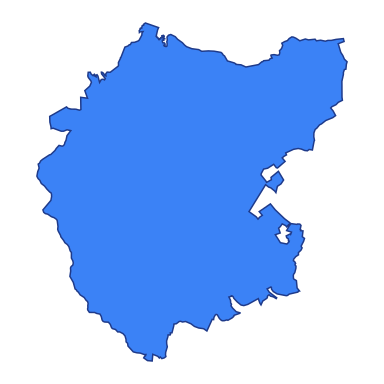 Sanpaul, Cluj, Romania
{"feature_id": "2599482B48452266583717", "entity_name": "Sanpaul", "entity_type": "district", "adm_level": 2, "iso_a3": "ROU", "parent_name": "Romania", "parent_adm1": "Cluj", "projection": "mercator", "projection_center": [23.418, 46.899], "detail": "fine", "context": "isolated", "style": "filled", "palette": "blue", "viewbox_px": 384, "rotation_deg": 0, "n_neighbors": 0, "source": "geoboundaries", "source_scale": "gbopen_adm2", "svg_char_len": 5846}
<svg xmlns="http://www.w3.org/2000/svg" viewBox="0 0 384 384"><path d="M240.0,312.8L236.2,311.7L232.7,308.2L231.0,305.8L231.5,304.2L230.7,303.0L230.5,300.2L228.9,297.0L231.4,296.3L231.4,295.8L232.3,296.0L233.1,296.7L233.9,298.4L237.2,301.9L241.0,305.0L243.8,305.6L247.8,304.4L258.3,298.6L259.8,303.0L261.0,304.9L262.8,301.0L266.7,298.4L267.3,297.7L267.5,296.1L268.6,295.0L269.3,294.9L270.4,296.1L273.4,296.9L276.2,298.6L276.7,297.8L269.3,292.2L267.1,288.9L270.9,287.0L271.4,287.3L271.5,289.2L273.3,291.6L277.1,293.9L286.3,295.7L287.6,295.4L289.2,294.1L297.9,292.1L298.4,291.2L299.5,291.0L297.1,288.0L296.4,280.6L293.9,279.1L293.5,278.5L293.3,275.6L293.6,274.3L294.8,272.6L295.9,268.3L296.0,266.1L295.1,265.0L295.1,264.0L295.6,263.4L294.7,261.7L293.4,260.7L293.7,259.1L295.8,256.6L298.5,254.8L298.4,252.6L300.9,250.3L301.8,248.6L302.1,247.8L301.3,246.8L301.3,245.8L303.6,241.3L304.5,238.4L302.3,236.7L303.0,230.9L300.6,230.7L300.8,229.7L300.2,229.5L301.0,225.4L299.8,224.1L297.4,224.0L297.0,224.4L291.0,223.6L289.2,225.9L286.6,230.6L291.5,232.1L290.6,234.4L290.2,233.9L286.2,235.9L286.7,237.7L288.3,238.8L288.5,241.0L289.2,241.2L288.9,242.0L286.9,244.0L280.4,242.7L275.3,234.7L280.2,233.0L278.6,228.2L280.3,226.6L282.2,223.9L285.6,225.6L286.7,226.9L288.6,224.6L290.5,223.3L284.4,218.6L275.2,209.8L270.4,203.9L259.2,211.6L262.3,215.3L259.6,217.2L258.0,219.1L256.2,216.8L249.0,211.6L265.6,184.7L268.7,187.1L270.7,187.8L274.7,191.0L275.9,192.6L277.4,186.3L281.0,183.9L283.6,180.0L278.4,171.3L271.0,177.4L271.4,179.7L266.6,182.4L266.0,181.2L261.1,175.0L261.2,173.7L263.6,169.1L267.7,168.2L273.7,164.3L276.3,167.7L277.5,168.0L285.1,161.4L282.2,157.9L284.0,156.3L286.5,154.9L285.7,152.9L293.6,149.3L298.2,148.5L301.4,149.1L304.7,150.5L307.4,150.8L309.1,149.5L312.4,150.0L314.1,141.1L314.5,140.4L313.8,136.8L313.9,132.9L315.2,129.4L316.8,128.2L319.5,124.9L321.5,123.9L325.8,120.5L332.7,117.7L335.6,115.6L333.1,110.9L330.7,108.0L331.9,106.7L336.0,104.7L338.3,102.3L342.4,100.3L342.0,97.2L341.9,81.3L343.4,74.4L343.4,72.5L344.4,69.5L345.9,69.2L346.4,64.1L347.1,61.8L344.4,59.2L342.8,55.5L340.8,52.4L338.2,43.7L344.1,41.5L343.4,38.6L336.0,39.4L331.3,40.4L327.9,40.4L325.4,41.2L320.6,40.2L316.4,40.8L315.1,39.2L308.5,39.9L305.3,39.0L299.8,40.8L295.9,38.2L293.4,37.1L291.8,36.9L289.2,38.5L287.4,40.6L284.6,41.6L281.8,43.2L282.7,45.3L281.8,48.0L280.8,49.5L279.5,50.6L279.8,52.8L279.3,54.7L277.7,55.3L274.1,54.6L271.1,55.0L270.9,55.7L272.1,58.1L270.2,58.6L268.9,60.2L263.7,60.7L262.6,61.7L261.8,61.8L258.5,64.6L245.9,67.0L241.0,64.8L236.0,64.4L235.9,63.9L234.2,62.9L227.4,60.9L224.5,55.9L223.3,55.1L222.2,53.4L221.0,52.4L214.2,51.2L208.4,50.9L201.7,51.3L198.7,49.6L191.9,48.7L186.6,46.7L184.6,45.1L182.4,42.7L177.6,39.3L175.3,36.7L170.8,34.5L168.5,35.2L167.0,37.1L167.3,40.2L166.8,41.7L167.1,43.5L167.0,46.0L166.1,46.6L164.3,46.1L163.8,45.2L165.1,44.9L164.9,43.5L164.2,42.8L163.0,42.9L162.4,41.9L162.3,40.2L163.7,40.3L163.4,39.4L163.6,38.6L164.0,38.7L163.7,38.1L164.3,38.2L163.5,37.2L163.6,36.7L164.2,36.4L164.1,35.9L163.4,35.3L161.8,35.8L161.9,36.8L163.0,37.5L162.9,37.9L162.1,37.5L161.2,38.0L160.7,37.8L160.6,38.2L160.0,38.5L160.1,39.0L159.6,39.5L159.0,38.9L159.1,40.1L157.5,37.4L157.2,37.6L156.2,36.4L156.5,36.0L156.3,35.6L157.6,29.9L158.6,27.6L145.4,23.0L143.8,24.1L143.6,25.3L142.9,25.2L142.1,25.8L142.1,26.8L141.3,27.6L141.6,28.1L140.1,28.5L140.2,29.3L139.2,30.6L139.4,32.4L139.9,31.9L143.0,31.6L142.0,33.2L141.8,35.1L139.2,40.1L138.1,41.0L134.6,42.3L131.5,42.5L130.3,44.6L129.3,44.7L127.9,46.0L124.9,47.1L121.0,57.2L120.5,57.6L120.6,58.0L118.4,62.6L118.5,65.5L118.1,66.2L110.2,72.3L107.1,72.1L105.7,74.0L105.9,75.9L105.0,75.5L103.3,73.1L101.8,72.1L101.3,72.2L101.6,73.9L105.3,78.6L104.5,79.9L103.1,79.2L101.3,79.5L99.6,82.4L97.9,76.0L97.0,74.7L96.1,75.3L96.1,76.8L94.3,75.7L95.1,75.0L94.3,74.2L93.0,75.6L91.1,74.0L90.3,72.2L88.2,72.3L87.8,76.0L88.3,77.5L90.9,80.9L91.4,82.4L89.8,86.1L84.8,90.6L87.5,98.2L80.7,97.3L80.9,109.5L79.5,110.2L75.9,109.2L71.0,109.1L68.0,108.3L66.5,106.9L49.7,116.4L49.9,122.2L51.0,126.9L51.1,128.7L53.1,128.2L61.2,131.2L63.6,131.2L67.0,129.8L70.8,130.6L67.0,135.6L66.0,140.3L64.9,142.4L64.5,144.2L63.5,145.6L62.2,146.2L59.0,145.4L56.2,148.5L55.0,150.5L50.8,154.5L49.4,154.9L42.5,159.4L40.6,161.0L39.5,163.2L38.2,164.1L39.1,168.1L37.7,171.7L36.9,176.1L37.2,176.9L38.1,178.6L39.8,180.3L41.3,183.5L44.5,186.0L46.9,189.1L49.8,192.1L50.9,192.7L51.5,194.1L51.6,196.6L50.9,200.4L42.9,209.9L43.7,212.3L45.3,213.6L47.8,214.2L51.4,216.7L54.2,217.7L56.5,219.4L57.2,220.5L58.0,226.5L57.7,229.3L58.2,231.0L60.5,235.3L60.9,236.9L63.6,240.4L64.9,242.7L67.4,244.6L68.9,246.7L70.2,250.9L71.4,252.5L71.4,258.1L72.8,260.8L73.3,263.0L72.8,265.1L71.1,266.6L70.5,268.0L70.7,271.0L69.9,276.4L73.3,282.4L75.1,289.0L76.3,289.8L77.1,291.2L78.3,292.1L80.2,294.9L84.2,297.5L86.1,300.3L87.6,301.6L88.1,303.4L87.8,305.6L87.9,307.6L87.6,308.6L87.7,309.9L89.4,312.4L94.8,312.5L96.5,313.4L100.0,314.1L101.3,316.6L102.1,320.0L103.1,321.4L104.6,322.0L108.4,322.2L110.3,324.4L111.5,327.6L112.4,328.6L115.5,329.5L117.7,331.9L119.7,331.9L123.1,333.7L125.0,335.9L126.0,339.3L126.1,341.9L127.6,343.3L128.0,346.1L133.3,351.9L136.8,352.8L140.3,353.1L144.4,354.6L145.9,354.5L145.5,355.9L144.6,356.3L143.7,357.9L147.5,360.6L152.2,361.0L152.8,354.3L157.8,356.3L159.3,358.0L160.3,357.0L161.8,358.6L164.2,357.9L165.9,356.6L165.5,354.7L165.7,352.2L167.3,346.8L166.7,343.9L166.6,340.9L167.9,336.7L168.1,334.9L170.1,335.0L170.5,334.3L170.3,332.9L172.0,332.8L173.8,325.7L173.9,324.1L176.4,323.7L179.2,321.5L180.7,321.3L182.4,322.0L185.6,321.5L191.0,323.8L194.4,326.4L198.7,328.0L203.6,328.7L206.9,331.0L212.2,319.3L213.6,319.6L213.9,317.5L215.1,315.2L216.1,314.4L217.3,314.8L219.4,318.5L220.8,319.9L222.1,320.7L224.2,320.7L227.0,319.9L227.9,320.3L232.0,318.0L233.8,316.4L233.9,315.5L234.4,315.2L239.9,313.3L240.0,312.8Z" fill="#3b82f6" stroke="#1e3a8a" stroke-width="1.5"/></svg>